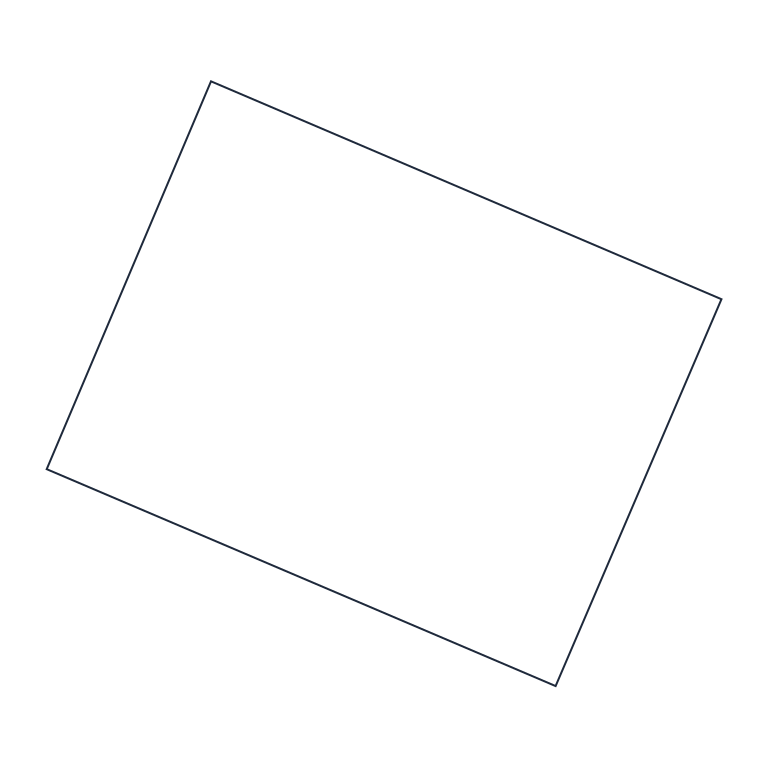 Humboldt, Iowa, United States of America (orthographic projection), rotated 203°
{"feature_id": "52423323B78880616957132", "entity_name": "Humboldt", "entity_type": "district", "adm_level": 2, "iso_a3": "USA", "parent_name": "United States of America", "parent_adm1": "Iowa", "projection": "orthographic", "projection_center": [-94.16, 42.776], "detail": "fine", "context": "isolated", "style": "outline", "palette": "slate", "viewbox_px": 768, "rotation_deg": 203, "n_neighbors": 0, "source": "geoboundaries", "source_scale": "gbopen_adm2", "svg_char_len": 226}
<svg xmlns="http://www.w3.org/2000/svg" viewBox="0 0 768 768"><g transform="rotate(203 384 384)"><path d="M661.5,595.0L661.2,173.8L108.0,173.0L106.5,593.9L661.5,595.0Z" fill="none" stroke="#1e293b" stroke-width="2"/></g></svg>